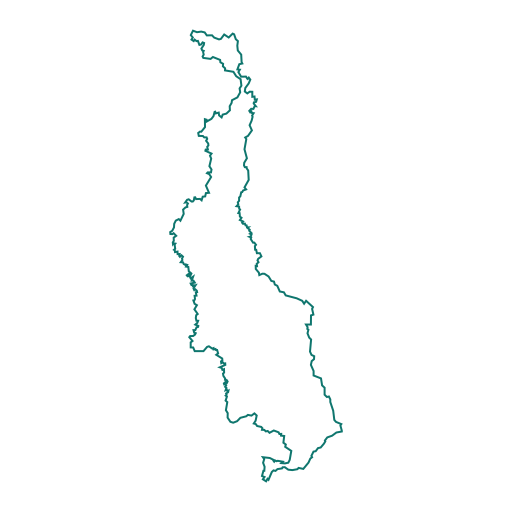 the district of Chontla, Veracruz, Mexico
{"feature_id": "50627088B94661394277654", "entity_name": "Chontla", "entity_type": "district", "adm_level": 2, "iso_a3": "MEX", "parent_name": "Mexico", "parent_adm1": "Veracruz", "projection": "albers", "projection_center": [-97.99, 21.427], "detail": "fine", "context": "isolated", "style": "outline", "palette": "teal", "viewbox_px": 512, "rotation_deg": 0, "n_neighbors": 0, "source": "geoboundaries", "source_scale": "gbopen_adm2", "svg_char_len": 6041}
<svg xmlns="http://www.w3.org/2000/svg" viewBox="0 0 512 512"><path d="M271.3,280.9L268.6,276.5L264.5,273.8L262.4,273.7L259.3,275.1L258.9,272.7L255.8,269.0L255.7,265.9L257.0,266.1L256.7,263.9L258.5,262.2L257.5,260.4L258.2,258.8L261.4,256.4L259.9,253.2L256.9,253.2L256.2,249.8L255.1,249.7L254.9,246.1L256.0,244.8L254.3,242.6L253.1,242.7L250.7,239.0L251.2,237.5L249.5,236.8L250.8,236.4L251.5,234.5L250.1,233.8L251.4,233.0L249.2,230.7L249.7,229.7L247.5,227.9L248.3,227.3L247.0,227.3L246.6,225.4L245.5,225.3L244.9,223.6L243.0,223.8L242.1,222.7L243.1,221.5L239.9,220.0L241.5,217.8L239.9,216.6L239.6,213.1L238.4,213.0L240.1,209.5L239.2,208.7L239.1,206.6L236.6,206.2L238.3,204.3L237.8,202.3L239.1,200.8L239.1,197.5L240.3,196.4L241.2,192.3L242.2,192.1L243.1,190.5L246.1,189.4L244.5,187.4L248.7,179.9L248.2,170.5L246.7,168.4L246.6,167.1L244.8,167.1L244.0,165.4L244.2,162.8L246.9,158.3L244.5,149.3L246.3,139.1L245.2,137.5L248.0,135.9L251.9,130.4L249.6,125.2L251.6,120.7L252.6,116.8L252.1,115.6L253.6,113.2L251.7,112.9L251.4,111.5L250.2,112.3L249.3,110.9L251.2,108.8L253.4,108.9L254.7,106.1L255.8,106.2L253.7,103.5L253.9,102.4L256.1,101.8L256.8,99.4L254.8,99.7L254.5,96.5L252.3,96.8L252.3,91.8L249.7,91.7L247.3,93.4L244.8,91.5L245.3,88.0L248.7,83.4L250.3,79.6L248.8,77.6L247.7,79.0L247.2,78.6L246.0,76.6L241.1,76.7L238.4,72.1L239.8,69.7L237.4,69.4L239.3,64.2L242.3,63.5L241.6,62.1L241.2,54.6L237.8,50.5L237.3,45.7L237.9,41.1L235.8,39.2L234.1,34.3L232.7,33.6L228.7,37.5L224.2,34.5L220.9,38.9L219.0,39.4L214.2,37.6L212.0,35.3L206.8,35.4L204.7,32.4L201.2,31.6L197.0,32.2L193.0,30.7L190.8,35.1L192.8,37.5L191.5,39.6L193.7,41.1L194.6,39.6L196.5,41.1L197.9,40.9L199.4,44.9L201.1,44.5L202.6,42.4L204.1,43.0L203.8,44.9L201.4,48.6L202.2,50.4L203.7,50.9L203.1,52.0L203.7,54.6L202.6,56.5L203.3,57.9L210.6,58.9L212.9,57.0L220.1,59.9L220.4,62.3L223.1,63.8L222.9,66.3L225.1,68.3L225.0,70.4L233.4,71.8L236.2,76.2L240.6,79.2L241.4,85.7L239.6,88.4L240.2,92.3L237.4,97.4L232.0,100.2L231.6,102.9L229.7,106.2L229.9,110.3L226.4,113.6L222.7,114.6L221.6,117.4L219.1,115.4L218.7,112.6L215.8,113.4L215.2,111.7L214.6,111.9L213.5,116.1L211.4,118.9L206.2,121.8L206.5,119.7L204.9,119.2L205.0,127.1L201.3,131.7L200.0,131.6L198.2,133.0L198.8,135.9L202.9,136.0L204.2,137.4L206.6,137.4L207.2,138.9L206.1,140.8L208.2,143.5L208.4,145.4L207.2,146.9L207.9,149.5L205.7,149.6L205.4,150.8L211.5,153.6L210.0,155.7L211.2,158.6L209.4,166.2L211.5,169.5L211.0,172.4L207.7,172.4L207.0,173.2L209.2,174.1L211.1,177.0L205.9,185.6L209.0,192.8L205.9,193.1L205.2,196.4L202.7,196.7L201.6,200.3L200.0,198.9L196.1,199.1L195.2,197.3L194.4,197.4L193.8,200.4L192.8,201.5L191.5,201.5L188.7,199.3L187.1,199.8L185.2,202.5L186.4,202.3L187.9,203.5L187.1,205.0L187.3,206.9L185.5,207.4L183.1,209.6L183.7,213.9L180.4,220.7L178.8,219.1L175.8,220.6L174.2,223.8L174.0,227.4L172.2,230.8L170.2,232.1L170.4,234.0L172.4,234.1L173.6,233.2L176.2,235.8L173.7,237.6L173.8,240.8L172.8,242.4L173.0,244.1L173.6,243.3L175.3,243.6L174.6,244.5L175.2,248.7L174.0,249.8L174.8,250.3L175.0,252.1L177.5,251.6L177.6,254.1L179.6,254.0L179.2,255.9L179.9,256.8L181.5,255.3L183.0,256.7L182.0,258.5L182.4,260.0L180.8,262.2L183.1,262.4L183.7,264.0L185.4,265.0L185.8,264.4L187.2,264.9L186.1,266.6L188.3,266.9L188.8,271.3L191.4,273.5L190.7,275.0L188.9,273.7L186.8,275.3L187.6,276.3L189.6,276.0L190.7,278.4L193.1,276.7L191.7,280.7L193.5,280.7L194.8,282.6L190.7,283.5L191.5,285.1L193.4,285.2L193.2,286.0L195.5,285.3L193.5,288.4L194.2,290.0L195.3,289.3L196.8,290.7L197.1,292.1L195.8,292.3L196.5,295.6L194.6,295.8L195.0,299.0L194.3,300.4L193.4,300.5L194.6,303.8L196.9,305.2L194.4,309.3L197.7,314.0L196.2,315.2L195.8,318.0L196.4,320.7L198.1,320.8L197.3,322.9L195.3,324.6L198.3,325.9L198.1,326.9L196.5,327.4L195.3,330.1L193.5,330.1L194.2,332.7L195.7,333.2L195.0,334.6L193.1,336.0L190.1,336.1L189.3,337.2L192.5,341.0L190.7,342.4L190.7,347.4L193.2,347.5L194.7,351.1L203.5,351.1L207.1,346.9L208.9,346.3L212.3,348.6L213.5,348.1L213.6,349.4L215.5,349.0L215.7,349.9L217.1,350.0L218.1,353.4L216.3,354.8L222.2,358.5L222.4,360.3L221.0,361.4L221.3,363.2L222.9,362.4L224.1,363.6L225.2,363.4L225.3,364.9L219.8,367.3L221.7,368.0L222.4,369.9L224.0,369.2L224.1,372.6L223.0,373.6L223.4,375.9L225.2,378.6L225.0,379.8L226.7,380.1L227.6,381.5L226.9,382.9L225.5,382.0L223.9,383.4L224.2,384.4L225.5,384.0L226.2,385.4L225.1,386.8L226.4,387.9L225.6,390.2L226.8,389.7L227.4,391.3L228.4,390.7L228.1,392.2L226.1,393.5L226.6,394.8L225.7,395.6L226.9,396.6L225.6,400.6L227.3,402.1L225.9,410.2L227.7,413.1L227.6,417.6L230.4,421.8L233.2,422.7L237.1,421.2L240.4,417.8L246.2,416.3L247.9,414.9L251.5,415.6L254.4,413.4L256.7,415.5L255.6,420.7L253.8,423.5L255.8,424.1L257.1,426.0L261.2,426.9L262.4,428.2L262.0,429.8L264.3,429.9L265.8,431.4L267.7,431.0L269.5,432.8L273.8,430.5L278.6,432.3L279.4,434.0L281.2,433.9L281.0,435.6L284.2,436.0L283.4,442.7L285.8,444.5L285.2,446.8L291.3,450.9L289.7,459.9L288.3,462.7L284.9,463.4L281.4,463.1L282.8,461.7L277.7,460.8L276.6,461.2L275.2,460.5L274.2,461.7L273.4,460.6L273.8,460.0L269.8,458.0L262.9,457.2L264.2,459.1L263.1,462.8L264.6,466.8L264.3,470.8L263.4,470.8L262.0,476.0L264.5,477.0L262.9,479.3L266.1,481.3L267.5,478.8L268.5,479.8L271.8,472.0L273.5,470.4L275.5,470.9L277.5,469.1L282.0,468.4L282.6,467.3L284.8,467.2L288.3,469.7L292.4,470.1L297.4,469.2L298.6,467.9L303.3,468.9L308.5,462.6L310.3,458.6L312.1,457.2L311.4,455.9L313.5,451.6L315.7,451.2L318.0,448.1L320.7,447.5L323.9,443.7L325.3,441.4L324.9,440.5L327.3,437.4L332.1,435.7L336.4,432.5L341.8,431.5L341.8,430.7L340.4,425.5L341.3,424.1L336.0,421.9L334.3,419.9L333.2,410.7L330.3,402.0L330.3,399.4L328.9,396.5L326.9,397.0L324.6,394.7L324.6,387.7L322.1,385.4L321.0,378.4L313.6,375.5L313.6,371.0L310.9,364.9L311.7,361.1L314.0,359.2L314.2,356.2L311.5,354.9L310.0,351.6L311.1,339.5L309.2,337.6L307.5,333.3L308.4,329.7L307.3,328.9L307.6,327.2L306.0,324.5L310.9,324.5L311.0,315.4L313.4,314.6L312.1,308.9L313.0,307.1L306.1,300.8L304.1,303.7L302.2,300.8L296.7,298.3L285.7,295.4L283.9,292.3L279.8,291.5L277.3,285.8L274.8,284.5L274.0,281.6L271.3,280.9Z" fill="none" stroke="#0f766e" stroke-width="2"/></svg>